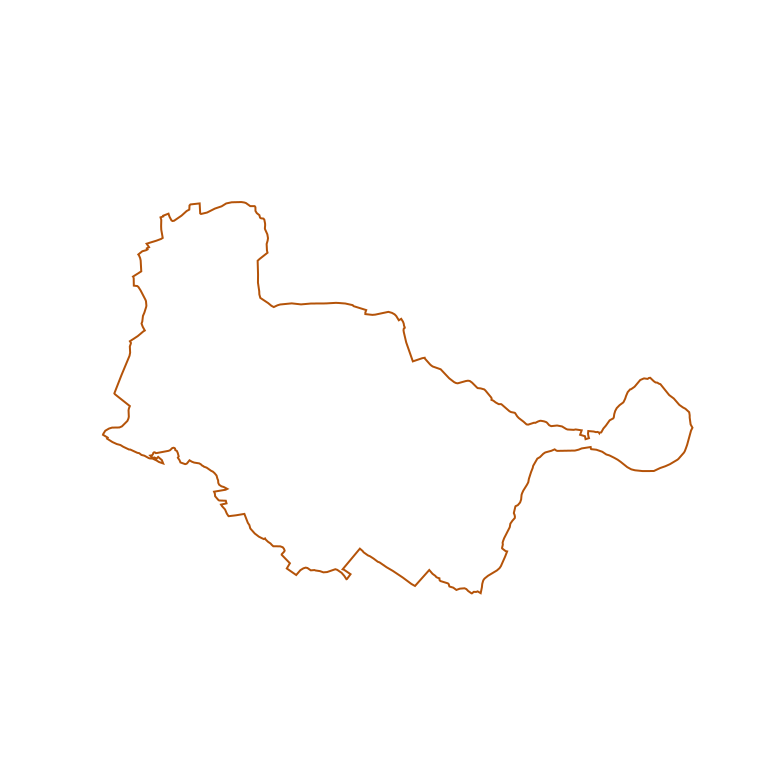 the district of Viisoara, Cluj, Romania, rotated 343°
{"feature_id": "2599482B98058077803275", "entity_name": "Viisoara", "entity_type": "district", "adm_level": 2, "iso_a3": "ROU", "parent_name": "Romania", "parent_adm1": "Cluj", "projection": "robinson", "projection_center": [23.931, 46.57], "detail": "fine", "context": "isolated", "style": "outline", "palette": "amber", "viewbox_px": 768, "rotation_deg": 343, "n_neighbors": 0, "source": "geoboundaries", "source_scale": "gbopen_adm2", "svg_char_len": 6166}
<svg xmlns="http://www.w3.org/2000/svg" viewBox="0 0 768 768"><g transform="rotate(343 384 384)"><path d="M415.3,612.3L418.2,607.0L419.5,603.9L421.3,601.1L422.2,600.2L423.4,599.4L427.4,597.8L437.5,595.3L440.6,593.9L442.5,592.4L449.5,584.3L452.8,580.1L451.4,579.3L448.9,575.8L449.0,575.2L450.7,572.3L451.0,570.5L451.8,569.2L453.8,566.6L462.4,557.7L464.0,554.5L466.8,552.3L469.9,550.4L470.4,549.2L470.6,547.5L470.4,545.4L473.8,539.6L474.1,539.3L476.5,539.0L479.5,537.1L481.4,534.5L483.1,530.3L484.0,529.0L486.0,526.7L491.3,522.1L493.2,520.2L494.8,517.1L498.9,511.2L501.7,507.7L502.7,505.9L508.8,500.2L511.8,499.5L515.9,497.3L518.2,496.6L524.6,496.8L528.1,496.4L529.2,497.9L530.1,498.6L547.2,503.5L551.0,503.7L554.2,503.4L563.2,504.7L562.9,506.5L563.1,506.9L567.8,508.9L570.3,510.7L572.9,512.6L576.0,516.4L578.7,518.2L582.5,521.8L585.3,524.7L587.6,527.7L592.3,534.6L595.5,537.9L598.8,539.9L605.9,542.9L616.6,546.1L623.5,545.1L628.9,544.9L633.9,544.3L642.5,542.2L643.7,541.7L650.8,537.3L652.0,536.2L654.1,533.5L656.1,530.8L664.0,518.3L666.2,516.0L665.4,512.3L666.5,505.5L667.2,503.2L667.6,500.2L665.0,495.8L663.0,493.8L660.3,490.3L656.9,482.6L653.5,478.0L648.3,465.0L646.8,463.9L645.9,462.7L644.1,461.9L642.8,460.2L640.4,455.9L639.1,455.7L637.6,456.2L634.4,454.7L633.6,454.7L630.2,455.1L622.8,459.9L618.8,461.2L617.8,461.1L614.7,463.0L612.0,466.2L610.4,468.5L608.1,471.0L607.4,471.6L603.1,473.1L599.5,475.1L597.2,477.4L595.4,480.1L594.0,483.1L593.2,483.9L589.2,484.7L584.0,488.7L580.8,490.7L577.6,493.8L575.9,493.5L575.5,494.0L575.3,493.3L574.3,492.3L572.6,492.0L570.7,490.8L565.6,488.7L564.6,491.1L564.2,493.6L564.2,495.7L560.6,495.7L560.9,492.7L556.7,489.9L559.5,486.1L554.0,483.5L552.0,483.3L546.3,481.2L545.2,480.4L541.8,476.6L537.4,474.3L531.6,473.2L529.9,471.7L528.6,468.7L527.9,467.8L526.1,466.5L523.2,465.0L522.2,464.8L520.2,464.9L517.4,465.4L516.2,464.9L510.0,465.0L508.5,464.3L506.4,460.8L502.9,455.9L501.9,453.8L500.9,450.2L500.5,449.7L497.3,448.0L496.0,446.7L490.5,437.9L490.1,437.5L487.8,436.8L485.4,434.3L483.7,431.9L482.1,430.6L482.7,429.3L482.6,428.3L479.1,419.9L478.3,418.5L475.2,416.5L472.4,415.3L471.9,414.6L468.6,408.4L466.9,406.2L465.3,405.4L463.2,405.1L454.7,404.9L453.1,404.1L451.6,402.7L448.0,397.6L442.5,386.5L435.7,381.5L434.6,380.1L433.8,378.8L430.6,371.8L430.6,370.8L428.1,370.5L418.2,370.8L417.4,350.7L418.1,340.1L418.4,338.2L419.2,336.7L420.1,336.5L420.4,336.0L420.2,333.9L420.5,332.3L420.4,330.0L419.5,326.7L416.8,327.4L415.6,322.6L414.5,320.5L412.4,318.3L409.3,316.3L395.9,315.1L393.1,314.5L386.6,311.7L387.0,310.3L388.6,308.1L377.6,300.6L377.3,299.7L376.9,299.3L370.5,295.7L363.9,293.1L361.6,292.3L351.8,289.9L337.7,285.7L327.9,283.6L319.3,279.9L307.9,277.6L305.1,277.6L301.1,278.2L299.2,276.3L296.9,272.8L290.9,265.5L291.0,261.8L291.8,258.8L293.1,250.2L295.5,242.7L299.2,229.2L301.5,228.1L311.0,224.4L311.1,222.1L312.7,215.8L314.6,212.9L315.7,210.6L316.2,206.8L315.5,201.2L315.6,200.3L316.8,197.3L317.2,195.7L317.6,191.9L317.1,190.6L314.9,189.6L314.3,189.0L314.1,188.4L314.2,186.1L312.3,183.4L311.7,180.9L312.7,177.4L312.5,176.4L312.1,176.0L308.1,174.8L304.9,170.6L303.5,169.6L300.8,168.3L291.5,165.7L285.9,165.2L280.7,166.6L273.6,166.8L264.9,168.3L258.7,167.9L258.1,167.1L260.5,157.4L251.4,155.7L250.2,156.4L248.8,160.3L245.8,160.9L239.6,163.8L231.0,166.5L229.4,166.3L228.6,165.4L227.8,161.4L227.7,158.1L222.0,158.5L221.9,159.2L219.0,159.3L219.0,161.9L217.0,167.9L216.1,171.3L215.1,179.6L213.3,180.1L208.3,180.4L198.0,180.4L199.3,184.5L196.8,184.9L196.7,185.3L197.1,186.2L195.6,186.5L191.7,186.4L186.9,188.3L187.3,189.4L187.6,192.3L187.4,194.8L184.8,205.3L175.4,207.9L175.6,208.4L175.5,209.9L173.5,216.8L176.7,218.2L177.5,219.4L178.6,223.4L180.5,233.7L180.6,235.2L179.7,239.5L179.2,240.6L175.7,245.7L173.4,248.4L171.1,253.6L169.8,255.3L170.0,258.7L170.9,262.9L169.3,263.3L162.5,266.2L153.5,268.8L154.0,270.6L153.8,271.2L151.9,273.8L150.4,279.8L148.9,282.6L135.5,298.8L123.4,314.1L123.6,314.9L124.7,316.6L134.5,330.8L132.9,332.8L132.0,334.5L130.4,340.7L129.5,342.3L127.8,344.3L121.0,347.9L118.2,348.2L111.2,346.2L108.0,346.2L103.8,347.2L101.1,349.5L100.4,350.4L104.1,354.5L103.2,355.3L107.3,360.1L110.9,363.3L114.1,365.3L116.2,367.7L121.0,372.1L122.2,372.5L128.0,377.7L129.7,378.6L131.3,380.9L133.9,382.5L137.3,386.0L138.3,386.7L140.8,387.6L144.1,390.6L146.0,392.8L149.6,395.4L149.3,391.8L146.7,387.7L144.8,388.8L144.0,388.1L142.9,388.6L142.7,388.3L143.2,387.4L142.8,387.1L142.1,387.5L141.4,387.0L140.1,385.4L139.5,384.1L141.5,384.3L142.7,383.4L143.1,382.6L144.1,382.1L144.8,382.3L145.6,383.4L146.6,383.6L158.3,384.9L160.0,384.8L162.7,383.4L164.0,383.4L164.7,383.8L165.3,384.6L165.1,386.2L166.3,387.4L166.6,389.4L166.5,393.2L165.3,394.2L166.2,397.1L166.4,399.5L170.3,402.4L170.9,402.6L172.3,402.4L175.7,400.1L177.5,402.1L179.4,403.6L184.1,405.9L185.4,407.3L186.3,408.9L187.3,409.8L187.6,410.4L189.9,412.1L193.5,416.7L194.6,417.6L195.9,419.7L197.1,422.6L197.0,425.9L197.2,427.6L196.6,430.1L196.9,432.1L198.6,434.3L200.6,435.6L203.5,438.5L201.6,438.8L190.0,437.3L190.2,439.3L189.7,442.0L191.6,446.3L192.3,447.2L198.6,449.4L198.5,452.1L192.9,451.7L193.4,453.5L195.3,457.5L195.8,462.0L196.6,464.7L196.8,465.0L204.1,466.3L212.5,467.4L213.2,477.0L214.0,479.5L213.9,483.1L216.7,489.2L219.7,493.4L222.4,496.0L223.8,497.2L225.1,496.9L225.3,498.0L226.9,500.9L228.9,503.4L229.5,504.8L230.7,506.8L237.3,508.9L239.4,510.5L240.1,512.2L240.3,514.2L239.7,515.0L236.4,516.9L236.2,517.4L241.6,527.9L237.1,532.0L244.2,541.0L249.6,537.6L253.0,536.7L255.4,536.7L257.0,537.6L259.5,540.8L263.1,541.6L264.0,542.3L268.0,544.2L271.0,546.4L274.6,547.2L283.3,546.9L284.9,548.0L288.2,552.1L289.9,555.9L291.0,559.7L291.5,559.7L296.4,556.1L291.6,550.1L290.3,549.1L312.8,534.4L314.7,537.4L315.3,539.0L318.6,543.3L320.2,544.6L323.0,547.9L326.1,552.2L327.6,553.3L332.9,560.0L337.8,565.3L345.4,574.6L351.8,583.3L354.6,586.2L372.9,575.1L374.9,579.7L377.0,582.5L377.6,584.0L378.8,585.1L380.2,586.0L379.8,587.6L380.3,588.9L386.8,593.3L387.4,594.4L387.3,596.3L387.4,596.8L390.7,599.0L393.0,602.1L396.7,601.9L401.3,602.9L402.8,604.2L404.0,606.6L406.5,609.8L407.1,609.9L409.0,609.0L411.4,609.8L412.9,609.7L415.3,612.3Z" fill="none" stroke="#b45309" stroke-width="2"/></g></svg>